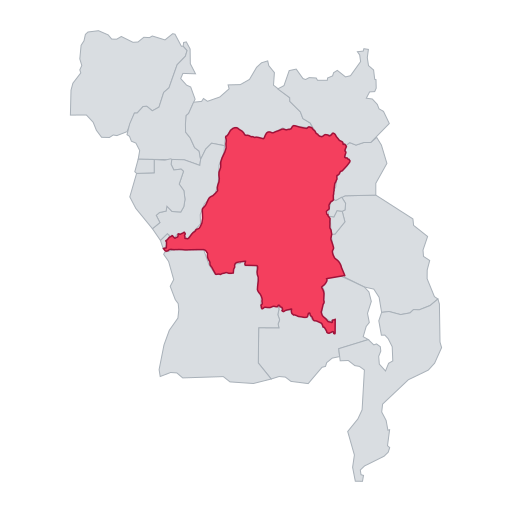 Democratic Republic of the Congo shown with its bordering countries
{"feature_id": "COD", "entity_name": "Democratic Republic of the Congo", "entity_type": "country or territory", "adm_level": 0, "iso_a3": "COD", "parent_name": "Africa", "parent_adm1": "", "projection": "robinson", "projection_center": [23.721, -4.071], "detail": "fine", "context": "with_neighbors", "style": "filled", "palette": "rose", "viewbox_px": 512, "rotation_deg": 0, "n_neighbors": 14, "source": "natural_earth", "source_scale": "50m", "svg_char_len": 12676}
<svg xmlns="http://www.w3.org/2000/svg" viewBox="0 0 512 512"><path d="M375.8,195.1L412.9,218.9L413.6,225.4L427.6,236.5L423.0,250.1L423.5,256.4L429.7,260.5L427.2,270.0L427.1,278.7L434.4,296.6L437.9,299.0L430.1,305.5L419.3,309.8L413.5,309.6L410.0,312.9L400.6,314.6L389.0,311.5L381.6,312.4L379.1,297.3L373.8,289.1L364.3,287.0L344.6,277.1L339.4,263.1L333.7,256.9L331.8,250.5L332.8,244.7L331.1,234.5L335.1,234.0L344.9,221.8L342.2,211.3L345.0,209.9L345.6,203.4L341.7,197.2L345.1,195.8L375.8,195.1Z" fill="#d9dde1" stroke="#a8b0b8" stroke-width="1"/><path d="M70.4,115.1L71.0,90.2L72.9,83.2L80.8,72.9L79.8,69.9L81.8,65.5L79.8,58.9L81.1,45.3L84.0,40.8L85.4,34.4L88.0,32.0L98.5,30.7L108.2,34.9L111.7,39.1L116.7,39.2L121.3,36.5L133.0,42.3L138.0,42.0L143.8,37.3L149.5,37.6L152.3,36.0L165.0,39.9L172.7,33.7L175.0,34.2L181.4,46.3L183.2,46.1L187.1,50.5L185.4,56.2L177.1,64.8L169.0,87.8L163.7,92.4L159.0,107.1L152.3,110.8L146.8,106.3L143.1,106.5L137.2,113.0L134.4,113.1L127.1,131.6L116.9,135.6L113.2,135.0L109.4,137.5L101.6,137.3L96.4,130.3L93.2,122.3L86.4,115.0L70.4,115.1Z" fill="#d9dde1" stroke="#a8b0b8" stroke-width="1"/><path d="M186.3,41.9L190.1,49.0L190.3,63.7L195.5,73.8L182.9,73.4L180.7,78.6L186.5,85.1L190.7,87.0L195.1,99.2L188.6,113.5L186.2,115.5L185.6,132.1L190.2,137.9L194.6,147.6L199.1,151.1L200.6,159.4L199.8,165.4L184.2,159.8L138.2,159.2L139.7,150.5L135.9,143.1L131.4,141.2L129.5,136.3L127.0,134.7L129.7,123.8L134.4,113.1L137.2,113.0L143.1,106.5L146.8,106.3L152.3,110.8L159.0,107.1L163.7,92.4L169.0,87.8L177.1,64.8L185.4,56.2L187.1,50.5L183.2,46.1L183.6,42.5L186.3,41.9Z" fill="#d9dde1" stroke="#a8b0b8" stroke-width="1"/><path d="M311.8,126.5L308.6,127.7L294.9,126.2L286.7,130.2L282.8,127.9L271.9,133.4L267.5,132.3L263.2,139.9L248.7,136.6L234.4,128.7L229.2,132.3L225.4,137.9L224.5,145.7L211.6,143.2L205.7,149.1L200.6,159.4L199.1,151.1L194.6,147.6L190.2,137.9L185.6,132.1L185.4,124.1L186.2,115.5L188.6,113.5L193.6,102.2L201.6,101.4L203.5,98.5L207.5,101.3L219.8,97.0L229.1,88.8L228.1,84.9L240.3,84.6L249.5,79.4L256.6,67.3L261.5,62.8L267.7,60.9L268.8,65.7L274.4,72.6L273.5,85.2L289.7,97.7L289.8,101.4L300.4,111.9L302.9,118.6L310.2,123.0L311.8,126.5Z" fill="#d9dde1" stroke="#a8b0b8" stroke-width="1"/><path d="M224.5,145.7L223.9,152.4L219.0,165.2L218.3,181.4L216.5,189.3L215.3,192.8L204.4,203.9L200.2,214.7L200.5,223.8L186.6,239.7L183.0,237.7L182.3,234.6L177.0,234.5L173.7,238.7L167.4,233.8L160.5,240.5L152.4,228.7L159.9,222.6L156.2,215.3L159.5,212.5L166.1,211.1L166.9,206.2L172.1,211.5L180.8,212.0L183.8,206.7L185.0,199.4L183.9,190.7L179.2,184.1L183.5,171.3L181.1,169.1L173.8,170.0L171.1,164.3L171.8,159.4L184.2,159.8L199.8,165.4L200.6,159.4L205.7,149.1L211.6,143.2L224.5,145.7Z" fill="#d9dde1" stroke="#a8b0b8" stroke-width="1"/><path d="M154.2,159.5L164.8,160.2L170.6,158.8L171.8,159.4L171.1,164.3L173.8,170.0L181.1,169.1L183.5,171.3L179.2,184.1L183.9,190.7L185.0,199.4L183.8,206.7L180.8,212.0L172.1,211.5L166.9,206.2L166.1,211.1L159.5,212.5L156.2,215.3L159.9,222.6L152.4,228.7L135.8,208.4L129.8,196.9L136.6,173.4L154.2,172.8L154.2,159.5Z" fill="#d9dde1" stroke="#a8b0b8" stroke-width="1"/><path d="M138.2,159.2L154.2,159.5L154.2,172.8L136.6,173.4L134.8,171.7L138.2,159.2Z" fill="#d9dde1" stroke="#a8b0b8" stroke-width="1"/><path d="M340.8,276.0L364.3,287.0L368.9,291.9L371.3,301.4L367.5,313.4L369.3,322.5L366.2,326.4L363.2,336.7L368.3,339.6L338.7,348.7L339.6,356.6L332.2,358.1L326.7,362.6L325.5,366.4L322.0,367.3L308.2,383.6L291.0,381.4L285.4,377.1L279.1,376.5L271.2,379.0L258.3,363.0L258.7,327.7L278.9,327.8L278.1,324.0L279.6,319.8L277.8,314.6L279.0,309.2L277.9,305.8L281.3,306.1L281.8,309.5L292.6,310.3L295.8,315.3L303.6,316.9L309.6,313.4L311.8,319.2L319.2,320.7L326.7,331.6L334.2,331.7L333.4,319.7L330.8,321.7L321.3,315.4L324.4,291.1L322.2,286.3L325.0,279.2L327.6,277.8L340.8,276.0Z" fill="#d9dde1" stroke="#a8b0b8" stroke-width="1"/><path d="M381.6,312.4L389.0,311.5L400.6,314.6L410.0,312.9L413.5,309.6L419.3,309.8L430.1,305.5L437.9,299.0L439.4,304.0L440.0,342.1L441.6,347.6L434.6,363.2L428.3,370.1L408.4,379.7L382.6,404.1L381.7,412.0L386.1,420.4L387.9,430.2L389.6,429.7L387.5,445.7L389.7,447.6L388.2,452.2L384.1,456.2L364.6,465.9L360.3,470.0L361.0,474.7L363.5,475.4L362.5,481.3L355.3,481.2L352.6,467.3L354.4,455.0L347.7,431.5L357.9,418.9L362.1,409.8L364.4,370.0L359.4,366.4L354.8,365.6L348.3,360.5L340.2,360.8L338.7,348.7L368.3,339.6L373.8,344.9L376.5,343.9L380.3,346.7L380.8,351.1L378.7,356.3L379.3,364.1L385.5,371.0L388.6,363.3L392.8,360.9L392.2,346.7L388.2,338.7L384.8,335.1L381.4,335.2L378.8,320.8L381.6,312.4Z" fill="#d9dde1" stroke="#a8b0b8" stroke-width="1"/><path d="M171.1,237.6L167.5,239.9L165.7,247.6L163.2,248.8L160.5,240.5L167.4,233.8L171.1,237.6ZM164.6,252.2L174.9,249.6L203.7,249.8L209.0,264.7L215.0,274.1L224.7,271.6L230.1,273.2L234.0,264.0L240.1,263.5L240.6,261.6L245.6,261.6L244.7,265.6L256.6,265.5L256.8,272.4L258.8,276.7L257.3,283.4L258.0,290.2L261.3,294.4L260.8,307.6L273.5,305.1L277.9,305.8L279.0,309.2L277.8,314.6L279.6,319.8L278.1,324.0L278.9,327.8L258.7,327.7L258.3,363.0L271.2,379.0L253.4,383.5L230.0,381.9L223.3,376.6L182.7,377.9L176.8,372.9L170.6,372.5L160.2,376.5L159.1,369.6L164.0,344.9L169.3,330.3L177.9,318.1L178.8,309.9L178.2,303.6L175.3,299.7L170.2,286.3L173.7,279.6L168.6,261.4L163.7,254.4L164.6,252.2Z" fill="#d9dde1" stroke="#a8b0b8" stroke-width="1"/><path d="M342.2,211.3L344.9,221.8L335.1,234.0L331.1,234.5L330.5,221.1L328.0,216.1L333.9,216.9L337.0,210.6L342.2,211.3Z" fill="#d9dde1" stroke="#a8b0b8" stroke-width="1"/><path d="M375.8,195.1L345.1,195.8L335.8,200.6L333.5,199.4L333.6,191.1L335.8,186.8L336.4,177.9L342.2,167.0L349.1,160.1L345.1,158.6L345.7,145.6L349.7,142.6L356.0,145.1L363.8,142.5L370.7,142.5L376.7,137.4L381.4,145.1L386.9,163.4L375.8,183.3L375.8,195.1Z" fill="#d9dde1" stroke="#a8b0b8" stroke-width="1"/><path d="M341.7,197.2L345.6,203.4L345.0,209.9L342.2,211.3L337.0,210.6L333.9,216.9L328.0,216.1L330.6,202.5L333.5,199.4L335.8,200.6L341.7,197.2Z" fill="#d9dde1" stroke="#a8b0b8" stroke-width="1"/><path d="M345.7,145.6L337.1,138.3L334.7,133.5L322.1,137.0L317.8,135.7L310.2,123.0L302.9,118.6L300.4,111.9L289.8,101.4L289.7,97.7L277.7,88.9L284.0,85.6L289.2,70.6L296.2,69.1L303.0,78.6L305.6,79.5L309.2,77.6L316.2,78.0L317.5,80.3L327.3,80.3L327.6,78.0L332.6,75.9L333.6,72.7L337.3,70.4L345.5,76.9L350.5,75.7L360.6,61.6L359.7,55.0L357.4,51.7L363.2,51.1L363.9,48.7L368.4,49.4L367.3,57.6L368.5,65.6L373.6,70.0L374.7,79.3L376.0,79.6L376.2,88.2L374.7,91.6L369.6,91.9L366.3,98.2L372.3,99.0L377.3,104.4L379.0,108.8L383.5,111.4L389.3,123.5L370.7,142.5L363.8,142.5L356.0,145.1L349.7,142.6L345.7,145.6Z" fill="#d9dde1" stroke="#a8b0b8" stroke-width="1"/><path d="M344.7,275.5L327.3,278.5L326.6,278.7L327.0,279.9L326.8,281.1L326.3,282.0L325.6,283.2L324.5,284.6L323.8,285.2L321.7,286.9L321.7,287.5L323.1,290.1L323.7,292.0L324.0,293.6L323.8,299.0L323.7,299.9L324.1,301.6L324.0,302.9L323.1,304.4L322.8,305.9L321.7,310.5L321.2,312.0L321.9,314.4L322.4,315.6L323.3,316.7L325.2,318.3L326.0,319.0L328.1,321.6L330.8,322.2L331.6,322.5L332.2,322.4L332.3,322.0L332.3,321.2L332.2,320.7L332.4,320.2L332.9,320.0L334.2,319.9L334.7,319.5L335.2,319.4L335.1,332.9L335.1,333.2L334.9,333.7L334.4,333.8L333.7,333.4L333.5,332.1L333.2,331.7L332.8,331.6L332.1,331.8L331.1,332.4L329.8,332.9L329.3,333.2L328.5,333.2L327.5,332.9L326.8,332.2L326.6,331.2L325.2,328.6L324.2,327.3L323.7,327.2L323.0,327.0L322.7,325.9L322.3,324.6L321.7,323.5L321.2,323.1L316.3,320.9L315.3,320.8L314.2,320.7L313.6,320.2L313.2,319.9L312.1,317.1L310.3,315.3L309.9,313.3L309.5,313.0L308.9,313.2L308.4,313.4L307.5,316.6L307.3,316.8L306.9,317.1L306.3,317.3L305.3,317.4L304.1,317.4L301.6,316.9L298.5,316.5L297.5,316.1L296.8,315.7L294.5,314.9L293.5,315.0L293.0,314.4L292.5,314.1L291.9,313.5L291.6,312.8L291.3,311.1L291.4,310.2L291.6,309.2L291.3,309.0L290.9,309.0L290.3,309.3L287.3,309.9L285.3,310.5L283.8,311.5L283.3,311.6L282.5,311.2L282.0,310.7L282.5,310.2L282.6,309.4L282.3,308.1L281.9,307.4L280.6,306.9L280.1,306.9L279.9,306.1L279.5,305.4L278.5,305.2L278.1,305.4L277.9,306.0L277.8,306.4L277.2,306.8L275.8,306.7L274.5,306.4L273.6,306.3L272.9,306.4L270.6,307.4L269.8,307.6L267.2,307.5L265.8,307.3L264.8,307.2L264.0,307.6L263.1,308.4L262.4,308.8L262.0,308.8L261.5,308.0L261.4,306.8L261.0,305.4L261.3,304.7L262.0,304.2L262.3,303.2L262.0,301.6L262.0,300.5L262.2,299.9L262.0,298.4L261.2,296.0L260.1,294.0L258.8,292.5L257.9,291.0L257.4,289.6L257.6,286.3L258.3,281.0L258.2,277.1L257.3,274.6L257.1,271.8L257.6,268.9L257.7,266.9L257.3,265.9L257.1,265.7L256.8,265.6L251.3,265.4L245.6,265.3L245.2,264.9L244.9,264.3L244.9,263.6L245.5,261.5L245.5,261.3L244.4,261.3L238.5,262.1L236.4,262.6L235.1,263.8L234.6,265.3L234.7,266.6L234.6,267.5L234.0,268.4L233.6,269.5L233.3,273.0L231.3,273.3L229.4,273.3L228.9,273.3L226.6,272.6L225.7,272.6L224.9,273.0L222.0,273.6L220.6,274.4L220.3,274.5L219.3,274.1L218.0,274.1L216.1,274.4L215.6,274.2L212.8,269.2L211.9,267.4L211.0,266.3L210.2,265.1L209.9,264.0L210.0,262.9L209.6,261.5L208.5,259.7L207.8,258.0L207.5,256.4L207.4,255.0L207.6,253.8L207.4,253.0L206.8,252.4L206.5,251.7L205.8,250.8L204.8,250.0L203.6,249.6L197.9,249.6L188.3,249.8L187.4,249.9L184.9,249.9L182.1,249.6L178.7,249.5L177.5,249.6L174.8,249.6L174.6,249.6L174.1,249.8L173.0,249.5L171.9,249.6L171.2,249.3L169.8,249.5L169.1,249.8L168.1,250.7L166.4,251.2L165.8,251.1L165.4,251.0L164.5,250.0L163.8,249.0L163.5,248.5L163.9,248.3L166.1,248.0L166.3,247.8L166.5,244.8L166.5,241.7L166.1,241.3L165.8,241.0L165.8,240.8L167.2,239.8L167.9,239.0L169.5,237.1L171.7,236.2L171.8,236.0L172.0,235.6L172.5,235.7L173.3,236.8L174.8,238.2L175.2,238.2L176.5,237.3L177.6,237.0L177.8,236.6L178.0,235.8L178.1,234.0L178.7,233.8L179.4,234.0L179.8,234.3L180.3,234.3L181.4,233.6L182.2,233.4L183.1,232.9L184.0,232.3L184.4,232.3L185.2,233.6L185.3,233.9L184.5,235.4L184.9,236.5L184.9,238.2L185.4,238.5L185.7,238.4L186.4,238.4L187.1,238.8L187.8,238.7L188.5,238.3L189.8,236.8L191.7,234.1L193.3,232.4L194.5,231.7L195.4,230.9L195.8,229.9L196.6,229.3L198.1,228.8L199.2,228.2L200.4,226.4L201.9,223.0L202.6,218.2L202.3,209.9L202.5,208.7L203.1,208.0L204.7,206.3L205.7,205.0L206.5,203.4L208.1,199.8L209.0,198.2L210.0,197.2L211.3,196.4L212.9,195.7L215.5,193.2L217.6,190.7L217.3,187.6L217.8,185.1L218.9,182.0L219.3,178.6L218.9,175.1L219.0,172.2L220.6,167.5L220.7,165.5L220.7,162.2L222.1,157.8L224.8,152.1L226.1,147.9L225.9,143.8L226.3,140.7L226.1,138.9L225.6,137.3L225.9,136.3L226.9,135.9L228.2,134.4L230.5,130.3L233.0,128.3L234.8,127.7L236.6,127.7L237.7,128.1L238.3,128.7L239.7,129.7L241.9,131.0L243.5,132.6L244.4,134.2L245.1,135.1L246.0,135.4L247.4,135.2L249.0,135.6L250.7,136.5L251.7,136.8L252.0,136.6L252.9,136.7L254.7,137.5L256.1,137.1L258.3,137.4L263.3,138.7L263.7,138.4L264.2,137.9L265.3,135.2L266.2,133.6L266.6,133.0L267.7,132.2L268.9,131.9L270.1,132.0L272.1,132.8L273.1,132.8L274.1,132.4L275.7,131.6L277.3,131.1L278.7,130.6L281.9,129.2L283.1,129.0L286.3,129.9L288.4,129.3L289.2,129.5L291.0,128.8L291.3,128.4L292.5,126.3L293.7,125.6L295.6,125.9L300.1,127.2L304.6,128.1L306.4,128.4L306.9,128.3L308.4,127.0L308.9,126.9L309.3,126.9L312.1,127.9L312.5,128.7L313.0,129.4L314.7,130.8L315.2,131.5L315.9,133.0L316.4,133.6L317.1,133.9L317.8,134.3L318.1,134.9L318.7,135.5L319.8,136.3L321.0,136.4L321.5,136.7L322.1,136.6L323.1,136.0L324.2,135.1L325.1,134.6L327.1,134.8L328.3,135.2L329.2,135.9L329.9,135.8L331.5,134.7L332.3,133.4L333.1,133.1L334.4,133.7L335.4,134.8L336.3,136.6L337.7,138.2L339.4,140.4L341.7,141.5L342.5,142.0L342.8,142.5L343.0,143.3L343.0,144.0L343.3,144.4L344.4,144.1L345.0,144.4L345.3,144.9L345.8,145.8L346.3,146.1L346.4,146.7L345.7,148.1L345.2,149.5L344.9,150.8L345.6,151.6L345.8,152.0L345.9,152.5L345.8,153.0L345.1,154.9L344.7,156.5L344.7,157.3L345.7,157.9L347.0,157.9L347.4,158.3L347.8,158.9L348.2,159.2L348.7,159.2L349.1,159.4L349.2,159.8L350.0,160.8L349.9,161.4L349.8,161.9L348.9,163.2L346.8,165.9L342.3,170.8L340.7,171.4L339.9,172.3L339.4,173.8L338.1,175.0L337.0,175.5L336.9,175.8L336.8,177.1L337.0,179.0L336.5,179.9L335.4,182.7L335.1,182.9L334.8,183.5L334.6,185.2L334.5,185.8L334.0,189.5L334.1,190.5L333.7,192.2L333.7,193.3L333.6,194.4L333.3,195.4L333.4,200.0L333.0,200.2L332.4,200.9L331.7,201.3L331.2,201.4L329.7,203.6L329.2,204.7L329.0,205.2L329.2,208.2L329.1,208.9L328.8,209.3L326.6,211.2L326.4,211.7L326.7,212.9L326.7,213.8L327.0,214.3L327.9,214.7L327.9,215.6L329.3,217.4L330.0,218.4L330.0,219.4L329.8,221.9L329.9,223.1L329.8,227.1L329.9,228.0L331.0,230.0L331.4,232.3L331.7,233.9L331.7,234.5L330.9,238.2L330.9,238.9L331.1,239.9L332.4,243.6L333.0,245.6L333.5,247.3L333.6,248.1L333.5,248.7L332.5,250.8L332.4,251.4L332.6,253.0L333.0,254.6L334.6,258.0L335.5,258.8L337.1,260.0L338.5,261.3L339.5,262.7L340.5,264.5L341.1,266.0L341.4,267.3L344.4,274.5L344.7,275.5Z" fill="#f43f5e" stroke="#9f1239" stroke-width="1.5"/></svg>